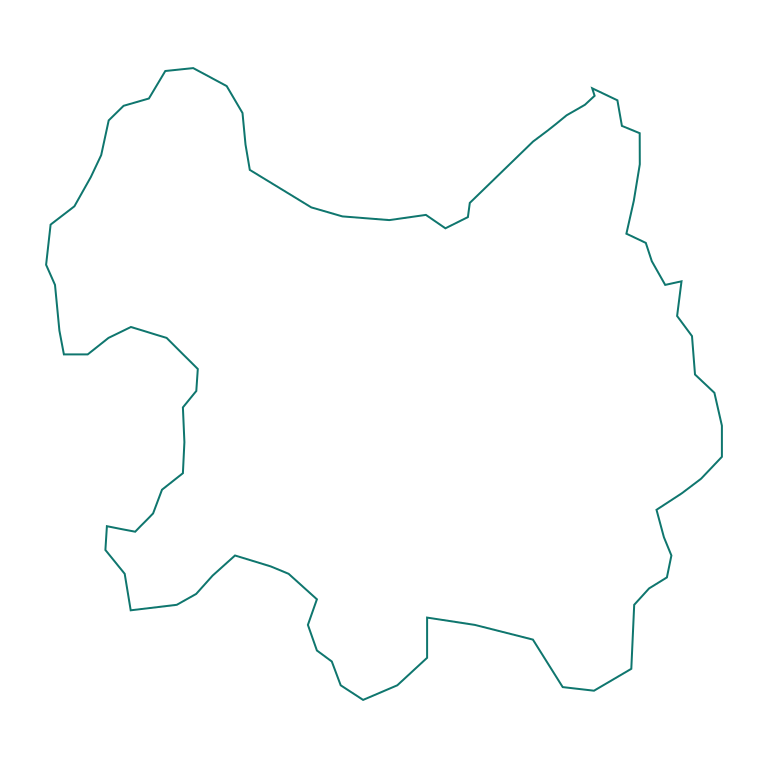 Kukës, Kukës, Albania (Robinson projection)
{"feature_id": "67620474B92464717887955", "entity_name": "Kukës", "entity_type": "district", "adm_level": 2, "iso_a3": "ALB", "parent_name": "Albania", "parent_adm1": "Kukës", "projection": "robinson", "projection_center": [20.374, 41.987], "detail": "fine", "context": "isolated", "style": "outline", "palette": "teal", "viewbox_px": 768, "rotation_deg": 0, "n_neighbors": 0, "source": "geoboundaries", "source_scale": "gbopen_adm2", "svg_char_len": 1324}
<svg xmlns="http://www.w3.org/2000/svg" viewBox="0 0 768 768"><path d="M63.9,354.4L87.7,354.4L108.5,337.9L118.6,333.0L130.9,327.0L142.8,330.6L155.7,334.6L166.6,337.9L182.4,353.7L191.9,363.1L197.8,369.0L196.3,391.0L194.3,393.4L182.9,407.4L184.4,442.1L182.9,473.2L162.0,489.7L153.1,513.4L147.2,519.5L140.8,525.9L135.2,531.7L122.0,529.2L106.9,526.2L105.4,550.0L124.7,573.8L130.7,610.3L176.8,604.8L196.2,593.9L212.6,575.6L235.0,555.5L270.7,566.4L288.6,573.8L316.9,599.3L307.9,624.9L316.9,650.5L331.8,661.5L340.7,685.3L363.1,699.9L397.3,685.3L427.1,657.8L427.1,617.6L474.8,624.9L532.9,639.6L562.7,687.1L594.0,690.7L631.3,668.8L634.2,604.8L649.1,588.4L666.9,577.4L671.4,555.5L663.9,537.2L656.5,509.8L681.8,493.3L701.1,478.7L721.9,456.8L721.9,425.7L714.4,392.8L695.0,374.5L692.0,336.1L677.1,316.0L681.5,281.3L665.2,284.9L651.8,261.2L645.8,242.9L626.4,233.7L633.8,200.8L639.8,164.3L639.7,133.2L621.9,125.9L617.4,100.3L592.2,88.3L594.6,95.8L584.9,104.8L566.6,115.3L555.6,124.3L547.1,131.0L533.1,141.5L469.8,202.9L467.9,217.1L445.4,228.3L425.9,214.9L389.3,220.1L342.4,216.4L311.3,207.4L249.8,169.9L245.5,144.5L242.5,113.0L226.7,86.1L193.2,68.1L165.3,71.0L148.9,98.5L123.6,105.8L108.7,120.4L101.2,155.1L90.8,177.1L74.4,206.3L50.6,224.6L46.1,264.8L55.0,284.9L59.4,330.6L63.9,354.4Z" fill="none" stroke="#0f766e" stroke-width="2"/></svg>